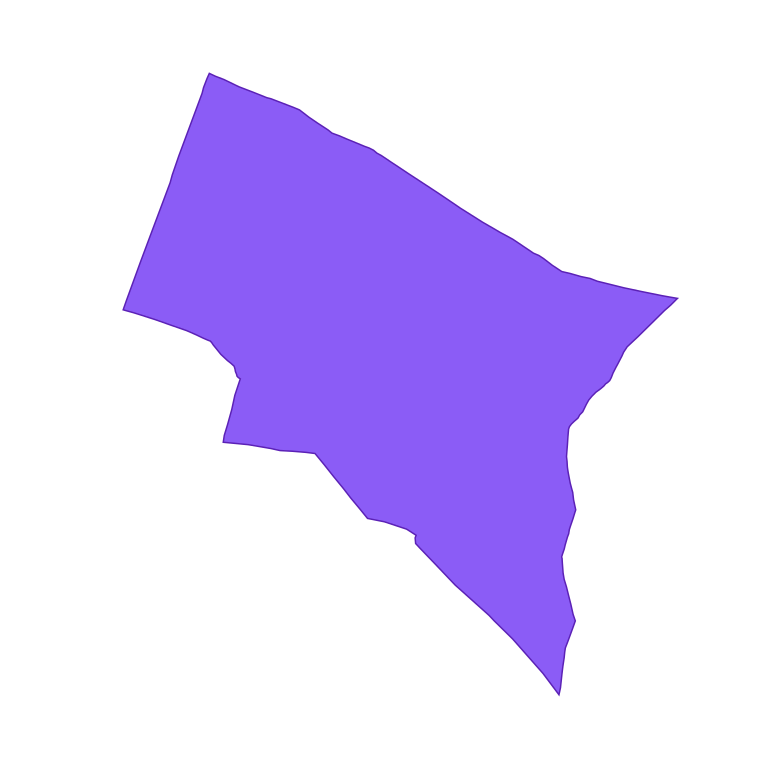 outline of Al-Chibayish, Dhi-Qar, Iraq, rotated 291°
{"feature_id": "34846034B42892596396596", "entity_name": "Al-Chibayish", "entity_type": "district", "adm_level": 2, "iso_a3": "IRQ", "parent_name": "Iraq", "parent_adm1": "Dhi-Qar", "projection": "equal_earth", "projection_center": [46.896, 30.862], "detail": "fine", "context": "isolated", "style": "filled", "palette": "violet", "viewbox_px": 768, "rotation_deg": 291, "n_neighbors": 0, "source": "geoboundaries", "source_scale": "gbopen_adm2", "svg_char_len": 2475}
<svg xmlns="http://www.w3.org/2000/svg" viewBox="0 0 768 768"><g transform="rotate(291 384 384)"><path d="M156.6,658.7L159.3,658.3L163.7,657.6L177.6,653.9L184.8,652.1L193.0,650.3L198.5,648.8L202.6,647.9L210.4,647.9L223.0,647.7L231.4,647.5L236.7,643.1L245.4,637.3L252.6,632.2L259.9,627.1L266.2,622.2L271.8,618.9L276.9,616.5L280.7,614.7L285.1,612.7L286.2,611.8L289.3,611.6L294.5,611.4L298.9,610.8L306.9,610.1L310.3,610.1L314.5,609.2L317.9,609.0L326.0,608.7L331.6,608.3L335.2,608.1L343.8,602.5L350.5,599.0L353.7,596.6L358.3,593.3L367.0,587.9L370.1,586.1L372.3,584.9L377.4,582.6L381.6,580.4L385.9,579.1L392.7,577.1L400.4,574.7L408.0,572.5L410.6,572.4L413.8,573.3L417.2,574.9L421.7,577.3L425.4,577.8L429.3,579.5L437.5,580.2L442.4,580.9L446.9,582.4L452.3,584.8L457.3,588.0L461.0,590.0L463.5,590.8L465.5,592.2L468.1,593.5L471.4,593.9L476.2,593.9L482.9,594.6L485.8,595.0L495.4,596.1L499.5,596.3L505.9,597.7L519.1,604.1L534.7,611.2L553.2,619.6L560.4,623.4L567.4,626.5L569.1,627.3L567.4,618.7L566.1,611.9L562.7,591.8L559.8,573.6L558.8,565.5L557.6,555.8L556.4,546.4L556.4,538.6L554.9,529.5L553.9,518.2L552.7,509.7L553.4,506.5L555.1,498.7L558.3,488.0L559.5,482.5L559.7,476.7L565.3,452.4L567.2,437.8L568.9,427.7L569.2,425.5L570.4,418.0L575.5,392.4L578.3,380.6L580.3,372.0L582.7,361.3L589.5,329.9L593.9,310.2L596.3,299.8L597.0,294.6L598.5,290.4L599.0,285.6L598.9,280.7L599.4,260.6L599.7,253.5L599.6,248.0L599.6,245.4L601.1,240.9L602.1,236.3L603.8,228.3L606.2,218.2L609.6,206.9L609.8,200.1L609.8,193.6L609.8,185.9L609.8,180.1L609.8,176.2L609.3,172.0L609.5,157.7L609.5,150.6L609.5,148.0L609.5,145.4L609.5,141.9L610.9,125.4L610.9,116.3L611.4,109.6L605.6,109.3L599.3,109.3L596.1,109.3L590.2,110.0L523.4,110.7L503.3,111.4L495.3,112.2L445.4,112.6L411.0,112.9L369.7,113.6L359.8,113.9L360.0,116.5L360.8,124.8L362.1,147.0L362.6,165.4L363.1,180.6L362.6,191.3L362.0,198.9L361.8,203.8L361.8,206.6L360.7,208.6L359.2,210.7L357.6,213.5L353.2,221.1L349.8,229.4L348.5,233.6L346.9,237.7L344.6,239.5L342.3,240.9L340.2,242.9L338.6,244.0L337.8,245.7L337.3,248.0L336.9,248.0L320.0,248.8L305.8,251.0L290.0,252.5L278.8,253.3L272.0,254.8L278.7,278.9L283.2,301.4L284.6,310.8L288.4,322.6L292.2,335.6L294.4,344.5L287.4,356.8L279.3,370.5L271.9,383.5L265.7,393.7L258.7,406.2L255.7,411.4L252.6,416.8L255.5,433.7L256.6,457.1L254.3,468.2L251.5,468.2L246.4,470.7L243.7,476.2L234.4,496.0L221.8,522.5L205.6,565.1L202.3,571.9L192.1,595.4L170.8,636.1L156.6,658.7Z" fill="#8b5cf6" stroke="#5b21b6" stroke-width="1.5"/></g></svg>